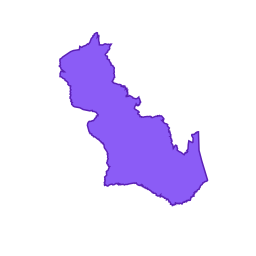 Huayacocotla, Veracruz, Mexico (Albers equal-area conic projection), rotated 305°
{"feature_id": "50627088B38829203416925", "entity_name": "Huayacocotla", "entity_type": "district", "adm_level": 2, "iso_a3": "MEX", "parent_name": "Mexico", "parent_adm1": "Veracruz", "projection": "albers", "projection_center": [-98.484, 20.524], "detail": "fine", "context": "isolated", "style": "filled", "palette": "violet", "viewbox_px": 256, "rotation_deg": 305, "n_neighbors": 0, "source": "geoboundaries", "source_scale": "gbopen_adm2", "svg_char_len": 5874}
<svg xmlns="http://www.w3.org/2000/svg" viewBox="0 0 256 256"><g transform="rotate(305 128 128)"><path d="M130.9,223.1L143.5,207.1L150.4,199.0L165.3,187.9L164.5,187.0L163.4,186.5L163.1,186.7L162.8,186.2L161.0,186.0L159.3,184.1L158.3,184.6L157.0,187.2L153.6,189.3L153.1,189.2L152.9,188.9L152.4,185.2L149.1,186.8L145.3,189.2L143.1,189.2L143.3,189.6L143.2,190.2L141.9,190.4L140.8,189.2L140.6,189.6L140.1,189.2L138.3,189.3L138.4,185.3L138.0,183.3L138.1,180.9L139.6,180.3L140.8,178.5L141.3,178.4L141.4,177.8L141.3,176.9L140.4,176.7L137.3,176.8L139.6,174.7L140.8,171.8L142.6,171.6L142.6,170.7L143.4,170.5L143.9,170.0L143.9,169.0L145.3,168.1L145.2,167.3L145.8,167.6L147.0,167.0L147.3,166.0L148.4,165.0L148.2,164.0L149.1,164.0L148.8,163.3L149.4,163.1L149.8,162.2L151.7,161.9L152.1,159.4L152.5,158.9L153.5,158.6L153.5,157.3L152.8,155.3L153.6,151.5L154.3,152.6L154.7,152.0L155.0,152.2L155.1,151.8L155.9,152.2L156.2,152.0L157.1,148.5L156.2,147.2L156.3,146.7L155.6,146.5L155.2,145.3L155.0,145.1L154.4,145.4L153.5,144.0L150.7,142.2L150.0,141.0L150.5,140.6L150.5,140.0L150.0,139.1L149.2,138.4L148.6,137.3L146.5,135.0L145.6,134.4L145.5,133.8L144.7,133.1L145.0,132.6L144.2,131.3L145.0,130.7L145.3,130.0L145.1,128.1L145.4,127.7L146.4,127.5L146.9,128.1L147.4,128.0L147.7,126.7L147.5,124.6L147.6,124.0L147.4,123.6L147.7,122.0L149.7,121.2L151.0,121.3L152.4,120.9L151.6,122.6L152.0,123.4L152.6,123.7L152.9,123.2L153.8,124.0L155.8,123.1L156.0,123.6L156.5,123.5L157.6,121.7L158.4,120.9L158.7,119.9L159.5,119.1L157.5,118.6L156.5,117.8L155.4,114.8L155.8,114.4L155.8,113.3L155.5,110.7L155.2,110.2L154.4,110.3L153.0,108.8L153.4,108.7L153.1,108.3L153.7,108.0L154.9,108.5L155.7,108.4L156.5,107.3L157.0,107.3L157.2,106.6L157.7,106.5L157.6,106.0L158.8,105.9L158.5,105.2L159.8,104.4L159.1,103.6L158.5,103.5L159.9,102.7L159.7,101.6L160.1,101.5L159.6,101.0L160.2,100.7L159.8,100.0L159.1,100.5L159.1,99.8L158.8,99.9L158.5,99.5L158.8,99.0L158.3,98.5L159.1,98.0L159.3,97.4L158.9,96.2L158.0,95.0L157.4,92.3L156.7,91.2L156.7,90.5L157.1,90.0L156.7,89.7L157.0,88.5L157.1,88.3L159.9,88.2L160.2,87.9L161.5,87.7L161.8,88.0L164.3,85.7L164.6,84.9L165.8,84.8L167.7,83.1L169.1,82.5L169.6,81.9L169.8,80.4L170.4,79.8L169.9,77.9L170.8,77.5L170.8,76.8L171.4,76.6L171.4,76.1L172.5,73.8L173.0,73.7L173.1,72.9L172.8,72.3L172.7,71.3L174.5,70.4L175.0,69.8L174.5,68.6L174.7,67.8L175.1,67.2L176.2,67.1L178.5,67.7L178.9,67.2L179.7,67.4L180.3,67.1L181.0,67.6L181.9,67.6L182.7,67.4L183.7,66.3L187.1,66.2L186.7,65.6L185.8,65.1L185.5,64.0L184.8,63.5L183.8,60.9L181.4,59.6L179.7,56.8L181.3,55.6L182.6,54.0L185.2,52.1L186.7,51.4L186.9,51.1L184.9,50.8L186.0,50.3L188.4,48.3L188.1,47.6L185.6,46.5L184.5,47.0L183.3,46.4L182.5,47.0L180.3,46.6L176.4,47.6L173.9,47.5L173.7,46.6L171.5,46.1L169.2,44.4L167.5,43.9L167.2,41.7L164.3,43.2L160.2,38.9L157.6,37.2L148.5,33.7L147.2,33.6L145.3,32.8L144.8,33.4L143.8,33.7L143.0,34.9L141.9,35.3L140.7,36.6L138.8,36.0L139.5,36.7L138.8,38.3L137.9,39.4L137.6,43.7L136.9,42.8L136.8,41.7L136.1,40.5L133.3,41.3L132.9,41.8L131.1,42.8L131.7,44.2L131.4,46.1L131.8,48.2L130.9,49.2L131.1,50.1L130.9,52.4L130.5,53.1L129.3,53.7L129.0,55.8L129.6,56.8L129.2,57.2L127.7,57.7L126.8,58.5L126.5,59.4L125.3,59.4L124.6,59.8L124.1,60.8L122.5,61.1L122.6,61.8L122.1,62.3L120.8,62.8L120.1,62.7L119.8,63.3L119.1,63.5L118.6,65.6L118.1,65.9L117.3,65.6L117.0,66.0L117.4,66.3L116.6,67.4L116.7,67.7L116.0,67.6L115.0,68.4L115.0,69.4L114.5,70.7L114.8,72.2L117.0,77.0L117.4,80.6L120.2,87.1L121.2,87.7L121.4,88.5L121.8,88.7L121.3,89.5L122.1,90.7L122.6,93.2L121.8,94.9L121.8,95.8L120.7,96.3L120.5,95.8L119.6,95.2L118.4,95.9L117.3,95.5L114.3,95.5L113.4,94.4L112.7,94.3L112.0,93.6L111.2,92.4L109.9,92.2L108.6,92.4L106.9,93.2L102.8,98.1L102.6,99.0L102.0,99.3L102.0,100.1L101.7,100.4L102.3,101.6L101.4,102.4L101.6,104.2L101.1,104.8L101.6,105.4L101.8,106.5L101.5,109.6L102.1,110.5L101.6,111.0L101.4,111.9L101.4,113.8L100.7,114.5L101.3,115.9L100.8,116.3L101.1,116.5L100.5,117.9L98.3,119.9L96.5,124.6L95.6,125.7L94.9,125.9L95.1,126.4L94.4,126.5L93.3,127.7L92.0,128.3L91.5,129.4L89.6,129.7L89.1,130.2L87.3,130.5L86.7,131.4L86.6,132.7L86.0,133.0L85.5,134.1L85.9,135.1L85.0,135.1L81.7,135.9L80.5,135.3L79.7,135.3L79.1,136.1L78.1,136.6L77.9,137.0L77.1,137.6L74.4,137.0L73.3,138.2L72.6,138.4L72.3,139.2L71.7,139.2L71.3,139.7L70.4,139.8L70.3,140.1L69.5,140.0L68.8,141.3L68.0,141.2L67.6,141.8L68.6,142.5L68.6,144.3L69.1,144.9L70.7,145.3L71.7,146.0L72.9,147.2L72.7,148.2L73.9,149.3L75.8,150.0L76.1,151.5L77.1,151.6L77.1,151.9L76.1,152.3L76.1,153.0L77.5,153.2L77.6,153.6L77.1,154.2L77.9,154.6L78.1,155.4L79.1,156.1L79.3,157.7L80.3,158.3L81.4,159.9L82.5,160.6L86.6,164.7L86.6,165.4L87.7,166.2L87.0,168.0L87.4,170.2L88.5,171.0L88.3,171.6L89.6,171.7L89.4,173.1L88.5,173.0L88.3,173.4L88.8,174.4L88.5,175.7L89.4,176.4L88.8,177.4L89.2,178.3L89.7,178.5L89.1,179.4L89.6,180.0L89.5,181.5L89.7,181.8L89.5,182.5L89.6,183.5L89.1,184.9L89.7,185.5L89.2,186.1L90.2,188.0L90.0,189.3L89.2,189.5L89.3,191.3L90.4,192.7L92.0,193.0L90.1,194.0L90.3,194.3L91.3,194.5L91.6,195.0L91.5,196.4L91.9,196.8L91.4,198.2L92.0,198.8L92.0,199.7L91.9,200.3L91.3,200.7L92.6,201.3L92.3,202.3L91.8,202.8L91.8,203.3L91.0,203.9L91.5,205.0L90.6,206.3L90.0,206.6L90.5,207.2L90.6,208.2L89.9,208.7L90.1,209.1L91.5,209.4L91.6,210.0L92.4,210.1L92.7,210.8L93.9,209.9L94.1,211.1L94.6,211.6L94.6,212.5L95.6,212.9L95.5,213.7L96.3,214.0L96.7,214.7L96.7,215.8L98.7,215.7L99.5,216.7L100.0,216.4L100.9,217.9L101.1,217.6L102.0,217.5L102.3,217.8L102.1,218.3L103.5,218.7L103.5,219.3L104.5,220.4L105.6,220.1L106.1,219.7L106.8,219.7L107.4,219.2L107.7,219.3L108.0,219.9L109.2,220.0L110.0,221.1L110.7,220.5L110.8,219.9L112.2,220.2L112.7,220.0L112.8,219.5L113.5,220.0L114.2,219.5L115.0,220.0L115.1,220.7L117.2,220.4L118.8,221.4L119.5,220.9L120.5,221.1L121.7,220.6L123.0,220.6L124.2,221.1L126.0,220.8L126.2,221.2L128.2,221.7L128.8,222.4L130.2,223.2L130.9,223.1Z" fill="#8b5cf6" stroke="#5b21b6" stroke-width="1.5"/></g></svg>